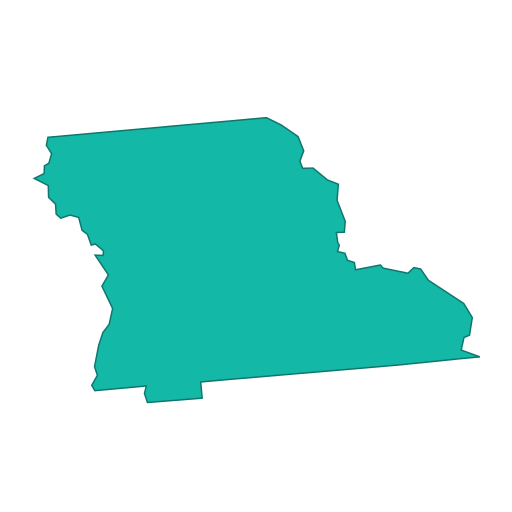 Colusa, California, United States of America (orthographic projection), rotated 175°
{"feature_id": "52423323B21715725601403", "entity_name": "Colusa", "entity_type": "district", "adm_level": 2, "iso_a3": "USA", "parent_name": "United States of America", "parent_adm1": "California", "projection": "orthographic", "projection_center": [-122.228, 39.169], "detail": "fine", "context": "isolated", "style": "filled", "palette": "teal", "viewbox_px": 512, "rotation_deg": 175, "n_neighbors": 0, "source": "geoboundaries", "source_scale": "gbopen_adm2", "svg_char_len": 1024}
<svg xmlns="http://www.w3.org/2000/svg" viewBox="0 0 512 512"><g transform="rotate(175 256 256)"><path d="M61.7,135.9L41.8,136.0L59.8,144.4L55.9,156.7L50.2,158.5L45.9,175.8L53.2,190.6L86.4,216.8L93.1,228.7L99.7,230.7L106.2,225.6L130.6,232.9L132.8,236.2L158.0,233.6L158.6,241.0L165.2,243.7L167.2,251.0L174.4,253.3L172.1,259.5L173.4,262.2L173.9,272.4L165.9,272.0L164.1,282.8L170.4,304.4L167.7,320.3L178.2,325.5L191.5,338.6L201.9,339.3L204.0,346.7L199.3,356.6L203.7,371.3L219.3,384.2L233.6,392.9L452.9,392.4L455.2,384.6L450.7,375.7L454.3,366.4L458.9,364.3L459.9,356.6L470.2,352.6L456.8,344.3L457.5,332.5L451.2,325.1L451.4,315.1L447.2,310.7L437.7,313.0L429.3,309.9L427.0,296.7L422.0,292.2L419.2,281.2L414.9,281.9L407.5,274.4L408.3,269.9L416.2,270.9L404.7,250.0L412.1,239.4L403.4,216.2L408.2,200.8L415.2,193.1L420.5,180.7L426.5,159.8L424.4,151.0L430.9,141.5L428.3,135.9L376.6,136.1L379.1,128.8L376.9,119.5L322.0,119.1L322.1,135.3L297.7,135.4L124.1,135.0L61.7,135.9Z" fill="#14b8a6" stroke="#0f766e" stroke-width="1.5"/></g></svg>